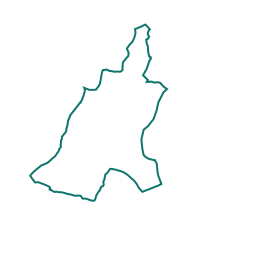 Cas En Bas, Gros Islet, Saint Lucia, rotated 123°
{"feature_id": "8701671B99981007165290", "entity_name": "Cas En Bas", "entity_type": "district", "adm_level": 2, "iso_a3": "LCA", "parent_name": "Saint Lucia", "parent_adm1": "Gros Islet", "projection": "natural_earth1", "projection_center": [-60.932, 14.085], "detail": "fine", "context": "isolated", "style": "outline", "palette": "teal", "viewbox_px": 256, "rotation_deg": 123, "n_neighbors": 0, "source": "geoboundaries", "source_scale": "gbopen_adm2", "svg_char_len": 5863}
<svg xmlns="http://www.w3.org/2000/svg" viewBox="0 0 256 256"><g transform="rotate(123 128 128)"><path d="M57.2,146.6L56.6,148.4L56.4,148.8L56.3,148.7L56.3,149.1L55.7,149.7L55.0,150.7L54.5,151.3L54.3,151.5L54.0,151.8L53.0,152.5L52.8,152.7L52.5,153.0L52.0,153.5L50.8,154.3L49.1,155.5L48.2,156.5L47.5,157.5L46.4,158.8L44.7,160.3L44.1,160.7L43.6,160.9L42.8,159.9L42.4,159.9L39.8,160.0L39.5,161.1L38.6,162.3L38.4,162.6L37.3,163.1L35.8,163.6L34.6,163.7L33.5,163.4L33.3,163.4L32.3,167.5L31.7,169.6L32.7,170.3L33.1,170.6L33.3,170.8L34.1,171.2L36.2,172.4L38.9,174.3L41.3,176.0L42.2,175.1L44.3,173.4L48.7,171.9L52.9,171.3L57.9,172.1L61.9,172.2L62.1,172.0L62.9,170.9L63.1,170.6L63.5,170.0L63.8,169.6L64.2,169.0L64.4,168.7L64.8,168.3L65.4,167.9L65.7,167.8L66.1,167.6L66.4,167.5L67.8,166.9L69.5,167.4L75.7,168.0L79.9,165.8L82.0,164.4L82.8,164.4L83.6,164.5L83.9,164.5L84.3,164.7L84.5,164.9L84.7,165.0L85.2,165.5L85.4,165.8L86.2,167.2L86.4,167.5L87.0,168.5L87.5,169.1L87.6,169.3L88.0,169.8L88.2,170.0L88.3,170.5L88.5,170.7L88.8,171.6L89.5,173.2L90.2,174.7L90.3,175.0L90.4,175.4L90.4,176.0L90.4,176.4L90.6,177.1L90.7,177.7L90.8,178.0L91.3,178.6L91.6,178.9L91.9,179.1L92.3,179.4L92.4,179.7L93.0,180.6L95.1,180.2L98.2,179.0L105.9,175.7L109.8,175.4L113.4,175.8L117.1,181.2L118.2,186.5L118.4,186.2L118.8,185.7L119.1,185.3L119.7,184.9L120.4,184.5L121.2,184.0L121.5,183.9L121.8,183.8L122.4,183.7L122.6,183.7L123.2,183.6L124.5,183.1L125.0,182.9L125.6,182.8L126.7,182.6L127.1,182.6L127.3,182.5L128.4,182.0L128.8,182.0L129.6,181.9L129.8,181.8L130.3,181.8L130.9,181.9L131.7,182.0L132.4,181.5L132.6,181.5L133.0,182.0L149.5,183.4L149.6,183.1L151.1,182.8L151.4,182.7L152.2,182.6L153.2,182.4L154.1,182.2L154.4,182.2L154.7,182.0L155.5,181.8L155.9,181.7L156.1,181.5L156.6,181.3L156.9,181.2L157.5,180.8L157.9,180.5L158.9,180.3L159.4,180.2L159.7,180.1L160.0,179.9L160.8,179.6L161.5,179.5L161.8,179.4L162.1,179.3L162.3,179.2L163.4,178.5L164.3,178.2L164.6,178.1L165.4,178.1L165.7,178.1L166.1,178.1L167.3,178.2L167.6,178.2L168.1,178.4L168.7,178.4L169.9,178.4L170.3,178.5L171.1,178.7L171.4,178.6L171.7,178.4L172.1,178.3L172.3,178.3L172.8,177.9L173.0,177.6L173.3,177.5L173.8,177.5L174.1,177.4L175.0,177.3L175.9,176.8L176.6,176.4L177.0,176.3L177.3,176.1L178.0,175.7L178.3,175.6L178.6,175.4L178.9,175.2L179.6,174.7L179.9,174.5L180.3,174.0L183.5,174.1L184.4,173.7L186.0,173.6L187.5,173.7L190.7,173.7L192.2,174.0L193.7,174.5L198.8,175.9L199.5,175.9L200.1,176.2L201.3,176.7L202.3,177.4L205.1,179.2L206.3,180.0L207.0,180.5L207.5,180.7L209.0,181.0L209.7,181.3L212.1,182.1L212.9,182.3L213.8,182.6L214.6,182.8L215.4,183.1L221.0,184.2L221.4,183.8L222.7,180.7L222.8,180.5L223.1,179.8L223.1,179.7L223.4,179.1L223.4,178.9L223.5,178.4L223.6,177.9L224.3,176.3L224.2,176.1L223.6,175.5L223.3,175.0L223.1,174.8L222.7,174.3L222.5,174.0L222.3,173.3L222.0,172.3L221.7,170.6L221.5,170.0L221.2,168.6L221.0,168.2L221.0,167.3L220.7,166.3L220.5,164.7L220.4,164.3L220.2,163.2L220.2,162.7L220.3,161.9L220.4,161.1L220.8,160.6L221.2,160.7L221.4,160.7L222.3,160.2L222.3,159.4L221.8,158.8L221.9,157.8L221.9,156.7L221.7,155.0L221.3,154.3L220.8,153.8L220.4,153.4L219.7,151.4L219.3,150.6L218.7,149.9L218.2,149.0L217.5,147.0L217.3,146.5L216.9,145.2L216.6,144.3L216.5,143.6L216.2,142.8L215.5,141.1L214.8,139.3L214.4,137.7L214.2,137.1L213.8,135.9L213.5,135.3L212.8,134.3L211.8,133.0L211.5,132.4L211.3,132.0L210.7,130.9L210.7,130.6L210.9,129.9L211.3,129.2L211.7,128.3L211.9,127.6L211.4,126.7L211.2,126.5L210.8,125.9L210.4,125.3L210.1,124.6L209.8,123.5L209.8,123.3L209.5,122.5L209.5,122.1L209.4,121.8L209.4,121.5L209.2,120.9L209.1,120.5L209.0,120.1L208.9,119.8L208.7,119.3L208.4,118.4L208.3,118.2L208.2,117.9L208.1,117.6L207.9,117.4L207.4,116.9L207.2,116.7L206.9,116.6L206.7,116.6L206.0,116.7L205.5,116.8L205.2,116.9L204.7,116.9L204.4,117.0L204.0,117.1L203.7,117.3L203.4,117.4L202.8,117.6L202.6,117.6L201.3,117.9L200.8,117.9L200.5,117.9L200.0,117.9L199.7,117.9L199.3,118.0L198.7,118.0L197.9,118.0L197.0,117.9L196.1,117.7L195.7,117.7L195.1,117.7L194.8,117.8L194.4,118.1L194.2,118.1L193.8,118.2L193.6,118.2L193.2,118.2L192.5,118.3L192.2,118.4L191.5,118.3L191.2,118.0L191.1,117.9L191.0,117.7L190.4,117.4L189.7,117.3L189.4,117.3L189.1,117.4L188.7,117.5L188.1,118.1L187.6,118.5L187.1,119.0L186.9,119.2L186.7,119.3L186.3,119.5L185.7,119.5L185.4,119.6L185.1,119.6L184.7,119.6L184.2,119.8L183.7,119.9L183.6,120.0L183.2,120.1L182.7,120.2L182.5,120.4L182.1,120.7L181.5,120.7L181.0,120.8L180.6,121.1L180.4,121.2L180.1,121.4L179.9,121.6L179.5,121.6L178.7,121.5L177.4,121.2L176.8,120.9L176.4,120.8L175.5,120.8L174.5,120.8L173.9,120.8L173.2,120.8L172.7,120.8L172.4,120.8L172.0,120.6L171.7,120.2L171.3,119.6L170.8,118.5L170.1,116.6L169.5,115.2L169.2,114.2L169.0,113.2L168.7,112.1L168.4,111.5L168.3,111.1L168.0,110.2L167.8,109.2L167.7,108.3L167.5,107.1L167.5,106.4L167.5,104.2L167.5,103.2L167.6,102.4L167.7,101.5L168.0,99.8L168.1,99.1L168.3,98.2L168.4,97.4L168.5,96.3L168.7,94.8L169.1,93.6L169.6,91.9L169.9,91.0L170.3,90.2L170.6,89.4L172.3,86.4L172.4,86.0L173.7,81.2L173.1,80.7L172.3,80.2L171.2,79.4L167.6,76.8L168.6,77.5L161.5,72.5L160.2,71.5L156.8,69.5L151.8,76.2L151.1,77.1L150.3,77.8L149.8,78.2L148.9,79.2L144.2,82.9L143.2,83.7L142.6,84.2L142.5,84.3L141.3,86.0L140.7,87.4L140.8,88.2L140.5,88.2L142.0,92.2L142.4,93.1L142.6,95.2L142.6,95.4L142.7,96.5L142.7,97.9L142.7,96.8L142.7,97.4L142.0,100.4L137.7,104.6L130.4,110.5L121.0,113.9L115.3,112.2L106.6,111.4L97.9,113.5L89.9,116.5L78.7,117.7L74.1,116.5L73.9,120.8L72.9,124.6L72.6,125.3L72.6,125.7L72.8,126.2L72.8,126.5L73.0,127.0L73.4,127.8L73.7,128.2L73.9,128.6L74.1,128.8L74.6,129.3L75.1,130.1L75.4,130.4L75.7,130.9L75.8,131.2L75.8,131.5L76.0,132.4L76.2,133.2L76.4,133.6L76.7,134.1L76.9,134.4L77.2,134.8L77.6,135.0L78.0,135.8L78.6,136.5L78.8,137.0L79.2,137.4L78.8,137.5L78.4,137.5L77.7,137.6L76.9,137.5L75.6,144.1L68.6,144.5L59.6,146.7L57.2,146.6Z" fill="none" stroke="#0f766e" stroke-width="2"/></g></svg>